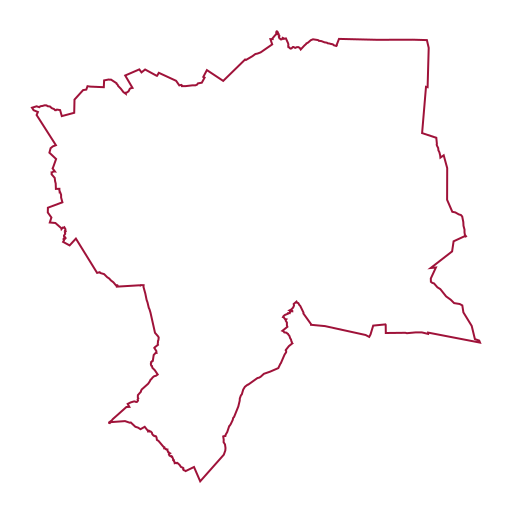 outline of Jiménez, Chihuahua, Mexico
{"feature_id": "50627088B9615027683396", "entity_name": "Jiménez", "entity_type": "district", "adm_level": 2, "iso_a3": "MEX", "parent_name": "Mexico", "parent_adm1": "Chihuahua", "projection": "albers", "projection_center": [-104.567, 26.97], "detail": "fine", "context": "isolated", "style": "outline", "palette": "rose", "viewbox_px": 512, "rotation_deg": 0, "n_neighbors": 0, "source": "geoboundaries", "source_scale": "gbopen_adm2", "svg_char_len": 5917}
<svg xmlns="http://www.w3.org/2000/svg" viewBox="0 0 512 512"><path d="M426.9,40.1L412.9,39.7L377.0,39.8L339.0,38.9L336.8,44.6L336.8,45.5L336.3,46.0L333.7,45.2L333.1,44.5L331.7,44.0L331.3,44.1L329.4,43.5L327.7,43.3L327.1,42.8L325.9,42.5L324.7,42.4L321.4,41.1L318.8,40.8L318.5,40.3L317.6,40.0L313.0,39.3L310.8,40.2L307.9,42.7L306.4,43.4L306.2,43.9L304.3,45.6L300.7,49.5L299.8,48.0L298.4,47.1L297.0,47.1L295.2,47.9L293.5,47.0L292.9,47.0L291.5,48.4L290.5,48.6L289.8,48.2L289.3,47.4L288.4,47.2L288.2,45.9L288.4,44.8L288.1,43.3L285.9,38.4L283.6,38.9L283.4,38.8L283.4,38.2L282.7,37.9L282.5,38.8L281.6,39.4L280.9,39.4L280.8,39.1L279.5,38.5L278.8,36.8L279.0,36.4L279.3,36.3L279.4,35.7L278.4,34.2L278.5,33.7L278.1,33.3L277.8,32.2L277.3,31.7L277.0,32.0L277.0,30.7L276.3,32.0L276.2,33.1L276.8,34.1L276.4,34.0L274.9,35.5L272.5,38.4L272.6,39.1L270.4,39.1L272.2,44.4L260.6,52.4L257.4,53.6L255.4,54.0L252.4,56.2L245.9,60.0L245.1,59.5L223.2,80.9L206.9,70.1L203.3,76.9L204.6,77.6L201.8,82.7L197.9,83.4L197.1,84.6L195.5,85.3L192.7,85.3L185.9,86.1L182.0,86.1L182.0,85.5L181.3,84.9L179.3,85.4L176.1,80.8L158.8,72.8L157.1,75.8L156.7,75.8L145.1,69.5L141.5,72.4L139.3,69.4L125.2,75.5L132.5,87.9L130.5,88.3L129.8,88.8L128.5,91.4L128.0,91.6L127.3,92.3L125.7,92.7L125.8,93.8L123.4,92.1L120.9,88.8L118.1,85.9L117.6,84.7L116.6,83.8L116.5,83.2L111.0,79.6L109.8,79.7L108.7,79.5L104.1,80.4L103.8,87.2L90.2,86.6L87.5,86.2L86.3,89.6L83.1,90.1L74.5,99.6L74.2,112.8L61.8,116.1L60.1,110.1L57.0,109.6L56.5,109.7L56.0,110.2L55.1,110.2L54.1,109.1L51.7,108.1L50.0,106.5L47.6,106.2L46.6,105.4L44.6,105.3L42.3,106.0L41.0,106.1L40.0,106.5L39.3,107.2L36.6,106.3L32.0,107.7L33.6,110.2L37.9,112.0L36.6,115.0L55.9,145.2L52.8,146.4L50.6,148.2L49.4,152.7L56.1,159.0L53.2,167.1L52.6,168.4L54.9,171.5L53.5,171.4L52.0,172.6L51.6,172.5L51.6,174.3L54.7,177.9L55.1,181.2L55.7,183.5L55.9,188.9L59.4,188.8L59.4,190.8L59.7,191.1L59.7,192.4L60.2,192.4L61.1,194.8L61.1,197.5L62.4,202.3L47.9,207.7L47.8,212.5L51.4,217.5L49.8,222.5L55.4,223.0L61.3,228.2L61.5,229.1L62.8,227.6L63.4,227.8L64.3,227.2L65.4,229.1L65.4,229.7L64.9,230.9L65.7,231.3L64.9,232.6L65.2,233.8L64.0,235.6L64.0,236.3L64.4,237.1L65.1,237.2L65.6,238.1L65.1,238.7L64.1,238.3L63.6,238.7L63.5,239.2L63.9,239.6L64.0,240.3L63.1,241.9L69.6,245.4L75.9,238.6L97.1,272.9L99.7,272.2L100.3,273.0L104.1,274.1L107.2,277.2L109.2,278.5L110.9,280.4L113.4,282.3L115.8,285.2L117.2,285.2L117.6,285.5L117.6,285.8L117.3,286.1L115.9,286.7L139.4,285.3L140.2,285.6L140.7,285.1L143.6,285.2L143.5,287.0L145.3,293.5L146.6,299.9L147.5,302.4L148.8,307.9L149.5,309.3L150.5,312.7L155.0,332.8L158.2,336.5L158.7,337.6L158.4,340.1L157.9,341.1L158.0,341.9L157.7,344.0L158.0,344.8L154.9,347.2L154.3,347.9L156.3,351.0L156.5,352.9L155.7,352.8L153.7,355.0L152.8,360.9L152.1,361.1L152.0,361.5L151.0,362.2L151.2,363.0L150.8,363.9L151.2,365.6L151.9,365.9L152.4,367.8L154.8,370.2L157.7,374.5L155.9,375.8L154.2,376.2L152.7,377.4L151.2,379.3L150.6,379.6L149.8,381.3L148.2,383.7L141.7,389.5L141.0,390.9L140.9,391.7L137.9,395.1L137.8,397.3L138.3,398.4L137.6,399.4L138.0,400.6L137.1,401.8L136.2,402.0L134.6,401.4L133.7,401.5L130.7,402.4L127.7,403.9L129.3,406.9L126.4,407.0L112.8,419.1L111.8,420.4L109.1,422.4L109.1,422.9L109.8,423.1L110.4,422.3L111.3,422.1L125.0,421.1L129.7,422.7L130.8,422.5L135.4,426.8L138.0,427.6L140.5,429.2L144.7,426.8L147.4,430.2L148.3,430.5L147.9,430.9L148.1,431.5L149.2,431.2L149.5,431.5L150.0,431.3L150.7,431.5L151.9,432.7L152.3,434.2L153.2,435.3L153.7,435.4L154.0,435.9L154.9,436.2L155.7,436.1L156.5,437.3L156.9,439.9L158.5,440.9L163.4,446.7L164.3,447.2L164.2,448.1L164.6,448.0L164.8,448.5L165.7,448.8L165.8,449.2L167.3,449.5L167.1,449.9L168.0,451.6L168.3,451.7L168.3,452.4L170.0,453.3L169.2,453.9L168.9,454.4L169.5,455.6L171.0,456.4L171.5,456.1L172.1,456.6L172.1,457.2L172.4,457.3L173.1,459.0L173.1,460.1L173.5,460.4L173.9,460.4L173.8,460.9L174.4,461.8L174.7,463.2L175.7,462.9L176.3,463.2L177.1,462.8L177.5,463.0L179.6,464.9L180.9,466.9L183.0,467.8L183.4,468.2L183.1,469.1L183.6,470.1L184.8,470.5L185.6,471.1L194.0,467.0L200.2,481.3L223.8,454.7L225.3,450.5L225.5,448.0L225.0,444.4L223.6,442.2L223.7,439.6L223.2,436.4L224.0,436.1L225.4,436.0L225.7,434.6L227.2,432.1L229.2,426.1L229.8,425.6L230.8,424.0L232.7,420.0L233.2,417.9L234.1,416.9L238.3,406.5L239.7,400.7L239.8,398.5L240.9,395.4L241.8,394.4L243.2,389.6L244.9,386.8L246.8,385.3L247.6,384.7L248.1,384.7L257.5,378.0L259.0,377.7L260.6,376.8L263.9,373.8L270.0,371.7L278.3,368.1L280.4,363.7L280.8,363.3L284.6,354.5L286.1,352.3L286.2,351.0L285.7,350.2L285.8,350.0L288.9,346.1L292.3,343.4L291.9,343.1L291.9,342.1L291.5,341.6L291.0,339.5L290.2,338.3L289.4,335.9L288.1,334.3L288.0,333.9L287.1,333.4L286.5,332.7L284.3,332.4L283.5,331.3L282.4,330.8L287.4,326.8L286.9,325.4L286.9,322.5L285.7,320.7L285.8,319.7L286.2,319.3L284.9,319.0L283.8,317.4L283.0,317.1L283.6,316.0L285.0,314.9L288.2,313.6L288.1,313.2L289.5,313.0L289.7,312.5L289.9,312.7L290.6,311.1L292.3,311.3L292.3,310.9L291.9,310.7L290.4,310.8L289.5,310.4L291.4,309.4L293.1,307.6L294.0,305.6L293.7,304.0L296.5,301.6L297.1,302.8L298.3,303.1L299.4,305.1L300.2,305.8L303.5,312.6L303.4,313.5L311.0,324.1L311.0,324.8L325.0,326.1L365.6,335.0L369.2,336.9L370.5,334.5L373.2,325.6L385.4,324.4L385.7,324.9L385.8,333.0L405.4,332.8L406.9,333.2L415.6,332.4L421.8,332.4L428.1,333.9L428.1,332.6L480.0,342.6L479.2,340.6L474.9,339.1L471.7,325.9L463.4,312.4L462.3,305.4L459.7,304.0L454.1,303.1L450.7,299.7L446.1,296.4L440.3,289.1L437.4,287.3L434.0,283.4L432.3,282.9L430.9,281.8L430.8,278.5L435.9,267.5L430.7,268.0L452.1,251.4L453.6,241.3L464.4,236.3L465.5,236.6L466.0,236.3L464.9,234.8L464.5,232.4L464.5,229.6L463.5,225.8L463.3,222.0L462.2,216.5L460.9,215.0L458.8,214.4L455.3,212.4L452.3,211.8L447.1,199.8L447.2,168.1L443.7,155.3L440.4,157.6L440.2,155.6L439.4,152.3L438.4,150.3L438.2,148.1L436.9,145.5L436.7,144.5L436.9,143.9L436.3,137.8L422.1,133.1L426.0,86.8L427.6,87.2L428.7,47.9L426.9,40.1Z" fill="none" stroke="#9f1239" stroke-width="2"/></svg>